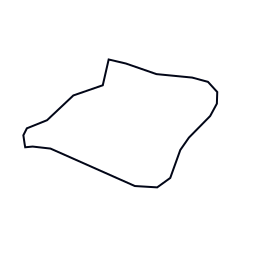 Wirral, Equal Earth projection, rotated 141°
{"feature_id": "GBR-2108", "entity_name": "Wirral", "entity_type": "Metropolitan Borough", "adm_level": 1, "iso_a3": "GBR", "parent_name": "United Kingdom", "parent_adm1": "", "projection": "equal_earth", "projection_center": [-3.057, 53.361], "detail": "fine", "context": "isolated", "style": "outline", "palette": "ink", "viewbox_px": 256, "rotation_deg": 141, "n_neighbors": 0, "source": "natural_earth", "source_scale": "10m", "svg_char_len": 424}
<svg xmlns="http://www.w3.org/2000/svg" viewBox="0 0 256 256"><g transform="rotate(141 128 128)"><path d="M99.9,193.4L89.1,179.5L72.0,152.0L46.4,126.8L36.8,113.5L36.0,99.8L43.6,91.0L56.6,85.6L86.7,82.2L101.2,78.0L126.6,62.6L142.7,63.5L159.2,78.6L201.2,160.8L213.8,173.6L220.0,177.7L218.7,180.1L213.9,188.2L206.8,191.4L186.0,185.0L150.0,187.7L120.7,177.1L99.9,193.4Z" fill="none" stroke="#020617" stroke-width="2"/></g></svg>